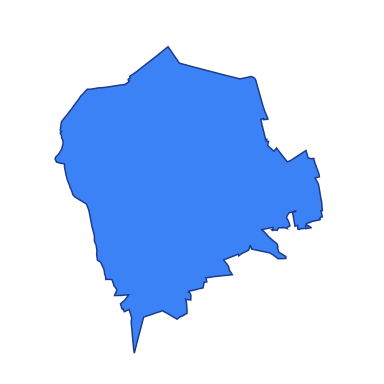 outline of Apaseo el Alto, Guanajuato, Mexico, rotated 169°
{"feature_id": "50627088B77789788594664", "entity_name": "Apaseo el Alto", "entity_type": "district", "adm_level": 2, "iso_a3": "MEX", "parent_name": "Mexico", "parent_adm1": "Guanajuato", "projection": "orthographic", "projection_center": [-100.583, 20.433], "detail": "fine", "context": "isolated", "style": "filled", "palette": "blue", "viewbox_px": 384, "rotation_deg": 169, "n_neighbors": 0, "source": "geoboundaries", "source_scale": "gbopen_adm2", "svg_char_len": 5880}
<svg xmlns="http://www.w3.org/2000/svg" viewBox="0 0 384 384"><g transform="rotate(169 192 192)"><path d="M69.7,202.5L70.4,202.8L71.5,203.1L71.7,205.8L72.2,211.0L84.5,206.0L89.4,204.0L92.7,203.5L93.9,205.7L97.0,211.7L100.1,217.9L100.7,219.1L101.3,218.5L101.8,218.0L103.8,216.4L108.9,223.3L108.1,225.0L107.2,227.1L109.6,227.8L109.0,228.8L108.5,229.4L109.8,229.6L109.8,230.4L109.9,233.5L110.0,234.9L110.1,237.8L110.4,244.0L110.5,247.5L110.6,250.2L108.9,250.3L108.4,250.4L107.8,250.5L107.9,249.3L104.7,249.1L103.8,248.8L103.5,249.2L104.6,254.9L105.1,256.8L105.4,259.0L105.8,261.7L106.1,265.3L106.7,272.2L107.3,279.9L107.4,281.2L107.7,284.5L107.8,285.7L107.9,288.1L107.9,288.6L108.2,290.1L108.4,290.8L108.9,291.7L109.7,292.6L111.0,293.6L111.5,293.9L112.1,294.1L118.2,293.9L123.4,293.9L127.2,295.7L133.9,298.8L137.6,300.5L146.3,304.7L148.2,305.6L153.7,308.2L157.0,309.8L162.8,312.6L168.3,315.2L170.9,316.5L173.1,317.6L173.8,318.0L174.2,318.2L177.2,319.6L179.8,320.9L187.8,339.2L198.2,333.7L199.9,332.6L200.5,332.5L201.5,331.9L203.4,331.0L205.0,330.2L208.6,328.3L212.9,326.2L214.2,325.5L220.1,322.5L223.5,320.7L226.8,319.2L227.6,318.8L229.8,318.0L230.0,318.0L230.5,317.7L231.1,317.2L231.0,316.7L231.2,315.8L231.5,315.4L232.1,315.3L233.0,314.8L233.3,314.4L233.3,313.9L233.0,313.5L232.2,313.0L232.4,312.7L232.9,312.4L233.8,311.7L234.8,311.5L236.2,310.9L237.7,310.2L238.2,310.4L238.9,310.5L245.2,310.8L246.9,310.9L250.6,311.0L254.5,311.1L259.7,311.5L263.5,312.0L264.8,312.1L267.1,312.1L267.8,312.1L268.6,312.1L269.4,312.3L269.9,312.2L272.1,312.3L273.2,312.5L275.2,312.9L277.8,311.1L278.1,310.8L280.8,308.8L282.5,307.7L284.5,305.8L285.6,304.6L286.6,303.6L287.4,302.9L288.2,302.4L293.1,297.8L294.5,296.3L295.3,295.8L296.1,295.1L296.9,294.4L298.0,293.4L299.7,291.8L302.0,290.0L302.1,289.9L302.6,289.5L304.6,287.7L306.0,286.5L306.7,285.8L307.2,284.9L308.0,282.3L308.8,280.0L309.6,277.2L309.4,276.8L308.5,276.3L310.1,275.0L309.9,274.0L309.3,272.5L309.5,270.7L309.7,270.1L309.1,268.0L309.0,266.5L309.1,265.5L309.1,265.2L309.2,264.6L309.9,262.9L310.9,260.7L311.4,259.7L312.0,258.6L312.6,258.0L314.2,256.2L315.9,254.5L319.0,252.4L320.1,250.7L319.3,247.2L319.1,247.1L316.2,245.7L315.3,245.2L311.8,244.0L312.4,241.0L312.4,232.3L312.0,227.5L311.6,225.0L311.2,222.9L310.8,220.7L310.8,219.4L310.1,217.3L310.0,216.0L309.7,214.7L309.6,212.7L309.4,211.8L308.9,211.1L307.9,209.6L306.8,208.4L297.9,200.4L296.7,193.7L296.8,177.3L296.4,172.0L296.2,167.4L297.0,163.5L297.1,162.7L296.9,161.0L296.4,159.2L296.3,157.3L296.6,152.0L297.4,149.8L297.7,146.2L297.6,145.8L297.9,143.2L295.1,140.6L294.2,136.9L293.3,133.4L293.2,130.9L293.4,128.5L293.0,125.8L293.2,123.6L293.4,122.6L292.1,122.4L291.5,122.4L287.5,121.4L286.8,119.1L286.8,118.5L286.7,117.9L286.8,117.9L286.5,116.9L286.6,116.1L286.7,115.6L284.5,110.8L284.9,109.3L287.8,105.2L284.9,104.6L283.1,104.3L280.2,103.8L278.9,103.8L277.6,103.6L273.8,103.2L276.6,100.5L277.5,99.6L278.8,98.6L280.2,97.7L281.4,97.2L282.6,96.4L283.6,95.9L283.2,92.4L282.9,90.4L281.8,90.4L281.9,89.9L281.3,87.4L280.3,87.6L276.1,88.7L275.2,79.5L275.9,77.9L276.4,76.3L276.5,76.2L276.5,75.9L276.6,74.5L276.7,73.7L276.8,73.7L276.9,72.9L276.9,72.4L277.3,67.7L277.4,67.2L279.1,50.6L279.3,47.5L279.4,44.8L278.2,47.2L278.2,47.3L277.0,50.0L276.2,51.5L275.5,53.2L272.0,60.4L271.5,61.4L263.3,78.5L262.8,78.5L259.3,79.0L255.2,79.5L251.4,80.1L243.3,81.0L242.6,80.2L241.9,79.5L240.1,78.1L239.0,77.2L236.4,74.9L230.9,70.0L227.9,71.6L223.5,72.5L223.5,73.0L220.1,73.7L219.6,75.9L219.4,77.0L218.8,82.0L218.7,82.8L218.6,84.1L218.6,88.1L217.3,87.2L216.9,87.3L216.7,87.2L216.1,87.0L214.6,86.5L213.9,86.2L212.9,90.1L212.8,90.7L212.8,91.2L213.7,94.1L214.6,94.3L214.3,95.4L214.1,95.4L212.0,95.3L210.2,95.2L209.3,95.2L207.1,95.5L206.7,95.3L204.4,95.7L201.9,95.7L201.7,95.6L199.4,95.8L198.2,98.9L197.2,101.2L196.8,100.9L194.6,101.0L194.7,103.9L194.7,104.4L194.8,105.2L193.2,105.0L188.6,104.8L186.8,104.8L171.6,103.4L168.2,103.1L169.6,106.8L170.2,108.0L170.3,109.2L170.3,111.6L170.9,113.4L171.3,114.3L174.0,119.2L173.5,119.4L162.4,121.4L159.7,121.9L158.2,122.1L158.3,120.5L154.3,122.3L151.0,123.1L147.6,124.1L146.9,125.0L146.2,126.0L146.2,126.7L145.2,128.2L144.8,128.2L144.3,124.5L143.8,124.4L142.0,123.6L141.5,123.4L136.0,121.0L135.1,120.7L133.0,119.8L128.5,117.9L127.2,117.3L124.7,115.1L124.0,114.4L123.9,114.2L120.5,110.4L120.4,110.2L116.3,109.4L112.5,108.8L112.2,110.8L118.2,116.3L118.5,118.3L118.6,121.5L118.3,121.5L118.2,124.3L118.6,125.1L122.8,130.2L125.3,133.4L127.8,137.7L127.9,137.8L128.7,139.2L130.0,140.7L130.7,141.7L129.3,141.8L129.0,141.7L124.0,141.8L119.3,141.8L119.7,139.8L121.0,139.7L120.2,138.8L119.6,138.8L119.4,139.1L117.0,138.5L115.8,138.3L115.6,138.2L115.1,138.9L114.6,139.3L114.0,140.4L112.9,140.2L112.6,140.1L111.7,139.9L111.0,139.8L109.7,139.6L108.6,139.4L108.7,139.7L105.7,138.0L105.8,138.3L105.8,138.8L102.2,140.1L102.5,141.1L102.5,142.2L102.6,143.3L102.9,144.8L103.2,146.1L103.9,147.8L104.0,149.3L102.3,151.5L100.8,152.9L100.6,153.2L98.8,153.1L97.5,153.2L95.9,153.4L94.6,153.9L93.8,153.5L93.9,153.2L94.0,153.1L97.2,153.0L97.4,138.7L95.3,139.1L94.8,139.1L95.1,135.2L93.8,134.8L93.6,134.9L91.7,135.1L89.9,134.9L87.4,134.8L87.2,134.2L81.9,134.2L82.1,134.8L83.5,135.7L83.5,135.9L83.9,136.5L84.1,136.4L84.5,136.6L85.2,137.5L85.6,137.3L85.8,137.1L86.8,136.9L85.8,139.0L83.1,139.8L82.9,139.4L82.4,139.5L79.5,140.2L71.7,140.3L71.4,140.7L71.6,141.3L71.5,141.5L71.5,142.0L70.6,142.3L70.6,142.6L68.8,142.7L68.9,147.8L69.0,148.9L69.0,149.0L67.8,148.8L67.4,149.0L67.4,150.4L67.4,152.1L67.2,152.3L67.0,153.9L66.8,156.0L66.6,157.6L66.7,159.1L66.6,166.8L66.5,167.2L66.4,174.8L66.6,176.6L67.9,180.4L68.3,181.9L68.5,182.3L65.0,182.5L64.1,182.6L63.9,184.6L64.2,187.0L64.8,190.8L65.6,195.7L66.0,198.9L66.3,200.8L66.3,201.2L66.0,201.5L66.4,201.6L66.6,201.7L66.8,201.9L67.3,202.0L67.9,201.9L68.0,201.9L68.4,201.9L68.8,202.0L69.1,202.1L69.7,202.5Z" fill="#3b82f6" stroke="#1e3a8a" stroke-width="1.5"/></g></svg>